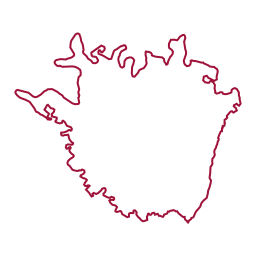 Mokhotlong, Mokhotlong, Lesotho
{"feature_id": "5366337B57238161912633", "entity_name": "Mokhotlong", "entity_type": "district", "adm_level": 2, "iso_a3": "LSO", "parent_name": "Lesotho", "parent_adm1": "Mokhotlong", "projection": "albers", "projection_center": [29.07, -29.31], "detail": "fine", "context": "isolated", "style": "outline", "palette": "rose", "viewbox_px": 256, "rotation_deg": 0, "n_neighbors": 0, "source": "geoboundaries", "source_scale": "gbopen_adm2", "svg_char_len": 5693}
<svg xmlns="http://www.w3.org/2000/svg" viewBox="0 0 256 256"><path d="M188.0,222.5L189.4,220.2L190.9,219.3L191.3,218.0L193.0,217.5L193.6,216.8L195.8,211.8L200.2,206.7L201.5,203.0L203.6,200.5L206.7,197.9L207.8,193.6L208.2,190.5L209.5,187.4L210.6,183.3L211.0,180.5L209.7,178.3L209.6,177.0L210.2,173.3L210.5,167.0L212.1,164.7L212.4,163.3L212.2,161.2L212.4,158.7L213.6,157.4L214.8,155.0L214.2,151.8L214.8,149.5L216.0,147.7L216.4,145.8L217.1,144.6L217.8,141.3L218.6,140.3L218.7,138.8L218.1,138.1L219.0,135.4L220.7,131.6L221.2,131.1L222.0,131.1L221.9,128.6L222.2,127.7L222.4,128.5L223.3,126.0L224.3,125.8L224.8,123.7L224.8,122.8L224.5,122.8L224.6,119.8L226.4,118.7L227.2,117.7L226.8,117.0L226.9,115.8L230.5,111.6L231.9,111.2L233.4,112.6L236.8,110.5L235.8,107.9L234.3,106.9L233.7,106.1L233.9,105.3L236.7,103.8L238.3,105.4L239.1,105.7L240.6,103.7L239.5,98.7L239.8,98.1L238.9,95.5L238.8,92.3L236.9,89.1L234.9,88.1L232.9,88.8L231.6,90.0L231.4,92.3L230.5,92.9L227.1,94.0L225.1,94.2L223.1,93.8L222.5,92.6L221.8,92.2L220.0,92.3L219.1,93.0L216.5,93.6L215.1,92.5L215.3,91.5L214.6,88.8L214.9,85.0L213.5,82.5L211.5,81.2L210.6,81.0L209.9,81.5L209.2,82.7L207.9,82.8L205.1,82.3L203.2,80.4L203.8,76.6L206.8,75.8L208.4,77.9L212.4,79.8L212.9,80.4L214.5,80.7L216.8,79.4L216.6,76.7L217.6,72.3L217.7,70.7L216.8,68.8L215.6,68.3L214.3,67.0L210.2,66.6L208.4,65.4L204.1,63.5L203.1,62.5L201.9,62.7L195.0,60.9L193.4,61.0L191.9,60.3L190.7,60.8L190.9,61.8L190.4,64.1L189.8,65.1L188.7,65.9L186.8,66.1L184.8,64.4L184.1,62.7L183.8,60.6L186.0,54.2L186.1,51.8L185.3,49.4L184.1,41.7L185.3,38.1L184.9,36.0L184.0,34.9L182.7,35.0L179.9,36.7L178.0,39.4L177.0,40.3L174.4,39.7L170.9,39.8L169.0,43.6L168.9,46.7L169.3,48.1L171.6,49.7L172.9,51.6L172.7,53.7L171.4,55.8L170.4,56.6L168.1,61.4L167.7,63.6L167.2,63.7L167.3,64.1L166.5,64.7L166.1,64.6L165.8,63.4L164.5,62.0L163.9,58.9L162.1,57.4L155.8,56.7L153.1,55.9L151.9,55.4L152.0,54.7L151.2,53.0L149.2,52.0L145.9,51.5L145.6,52.1L145.6,55.1L146.3,57.8L146.1,59.8L146.6,63.6L145.7,65.5L143.9,68.0L139.8,69.8L138.8,70.9L138.2,72.5L134.6,76.7L132.6,76.3L131.8,73.4L132.1,67.0L133.3,64.0L134.2,60.2L132.6,58.1L131.3,57.5L129.4,57.4L126.6,58.4L124.6,60.9L124.1,66.3L122.6,67.5L121.8,67.5L120.5,66.7L118.9,62.4L118.3,59.7L118.7,57.0L119.7,55.5L120.0,53.8L121.2,51.6L125.0,49.3L125.7,49.3L126.2,48.4L126.0,46.9L125.2,45.5L123.8,45.2L122.2,46.0L120.7,46.3L116.5,49.4L115.0,50.0L113.8,51.3L111.3,58.8L109.0,59.2L103.0,55.6L98.6,53.8L98.3,51.9L99.0,50.3L99.9,50.3L101.3,52.2L102.2,52.4L104.6,49.7L104.7,48.0L104.1,46.8L101.3,45.6L91.4,52.6L91.3,53.7L91.8,55.6L92.6,56.4L95.9,56.9L96.4,57.3L98.1,60.3L97.6,61.8L96.5,62.7L95.8,63.1L93.8,63.2L92.7,62.8L91.2,60.7L88.0,58.6L86.7,56.3L83.4,53.3L83.0,51.7L83.6,49.7L83.0,46.0L82.7,44.4L81.2,41.1L80.6,37.7L79.4,34.3L78.1,33.5L76.7,33.7L75.4,34.6L71.3,40.7L70.6,43.6L70.3,47.5L74.1,53.8L74.2,54.8L73.7,55.9L71.5,57.5L66.3,59.1L65.9,59.5L60.7,59.1L56.4,60.0L55.4,60.7L54.5,62.4L55.1,63.8L56.7,65.5L58.7,66.2L59.7,65.7L62.3,66.8L72.1,66.4L74.7,66.7L77.8,68.0L80.2,69.9L80.7,72.3L80.6,75.2L78.6,77.1L77.6,83.0L79.2,89.3L78.3,92.2L78.8,93.9L78.6,94.5L79.3,95.2L78.8,97.2L78.3,97.7L79.2,102.7L78.5,103.9L75.1,104.2L72.3,103.3L63.7,97.5L62.3,95.4L59.1,93.4L57.6,92.0L52.2,89.1L47.8,89.3L46.2,90.5L44.4,91.2L40.8,94.6L36.9,96.9L35.2,97.2L33.1,96.5L28.5,92.7L17.5,89.9L16.4,90.4L15.6,91.4L15.4,92.8L16.9,95.1L20.0,97.7L25.6,99.8L29.6,101.8L34.3,108.2L36.0,111.6L38.6,112.7L40.3,114.3L42.5,115.2L46.6,117.9L47.7,119.4L50.0,119.7L50.9,119.5L51.3,119.0L51.0,118.5L48.4,118.1L47.4,116.9L48.9,114.0L48.7,113.4L46.0,111.3L45.2,110.2L44.7,110.1L44.5,109.4L45.9,107.5L46.9,105.3L47.9,104.8L50.8,108.2L53.1,108.7L54.4,109.6L53.9,111.8L51.6,114.3L52.0,115.2L51.8,116.1L52.3,116.5L56.7,117.6L56.8,118.5L56.3,120.1L55.3,121.2L55.9,122.2L59.7,123.4L62.1,122.7L62.3,121.2L62.8,120.7L63.3,120.8L64.9,122.2L66.9,125.8L70.8,127.2L71.8,128.6L71.6,130.1L70.8,130.7L69.6,130.0L68.8,130.1L67.0,131.3L63.9,132.4L61.2,132.6L61.0,133.1L61.3,134.9L62.1,135.5L63.2,135.6L64.2,135.2L68.2,134.7L69.3,139.2L71.6,142.2L73.0,142.9L73.1,143.9L71.8,144.8L68.0,144.4L66.3,145.1L65.8,147.4L66.5,148.7L67.5,148.6L69.0,147.3L70.3,147.1L70.7,147.9L69.4,149.9L69.6,151.5L71.3,153.5L73.4,155.0L73.8,156.0L73.0,157.2L70.2,158.9L68.3,160.7L67.5,162.5L67.6,164.0L68.3,165.0L69.6,165.8L72.4,169.7L73.6,170.2L77.2,171.0L78.5,170.8L79.0,170.3L81.1,170.4L82.1,169.5L84.2,170.5L84.6,172.4L83.5,173.8L80.6,175.4L80.4,176.5L83.3,178.2L85.0,178.5L86.8,179.8L86.7,180.5L85.2,182.3L84.1,184.7L85.0,185.8L86.4,186.2L87.7,185.4L89.0,185.4L89.6,185.9L86.0,189.6L89.2,192.9L90.6,195.3L91.7,196.5L93.1,195.8L92.5,193.8L93.7,192.9L96.1,194.0L98.1,193.1L101.2,190.3L102.2,188.7L104.1,188.1L105.1,188.3L105.8,190.0L105.2,191.9L103.4,193.8L103.5,195.3L107.8,197.5L110.0,197.8L111.4,196.8L113.9,197.7L114.2,199.0L113.5,200.0L110.1,199.8L109.3,200.5L110.4,202.8L112.3,204.7L115.7,205.6L117.0,207.1L115.4,210.5L115.4,211.3L116.7,212.0L120.4,211.0L121.1,211.4L122.3,214.2L127.3,217.2L129.0,216.6L128.9,214.1L129.6,213.2L131.7,212.9L132.9,213.2L133.5,212.8L133.5,210.8L134.0,210.4L135.0,210.4L136.2,211.6L136.7,212.8L136.3,213.9L136.4,214.7L138.4,217.3L139.7,218.2L140.9,219.9L142.7,221.1L143.7,221.2L147.2,220.0L147.3,219.0L147.0,218.7L146.9,216.5L147.5,215.9L147.9,213.9L148.3,213.7L148.8,213.6L149.7,214.7L150.6,214.8L151.2,214.6L152.2,213.1L153.9,212.7L154.5,213.2L154.9,214.7L157.7,213.8L159.0,215.9L160.4,215.8L161.5,216.5L163.1,216.8L163.7,215.8L164.0,214.7L167.0,213.6L168.0,211.4L169.2,211.7L170.4,210.7L171.7,210.7L173.2,210.1L174.6,210.5L175.8,211.4L177.2,211.3L178.6,213.4L182.4,216.5L183.5,217.1L184.7,216.9L184.9,219.0L185.9,220.3L187.1,221.0L187.4,222.0L188.0,222.5Z" fill="none" stroke="#9f1239" stroke-width="2"/></svg>